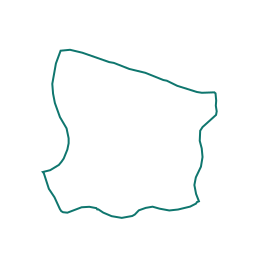 Colotenango, Huehuetenango, Guatemala, rotated 256°
{"feature_id": "79465075B36067757797746", "entity_name": "Colotenango", "entity_type": "district", "adm_level": 2, "iso_a3": "GTM", "parent_name": "Guatemala", "parent_adm1": "Huehuetenango", "projection": "mercator", "projection_center": [-91.718, 15.443], "detail": "fine", "context": "isolated", "style": "outline", "palette": "teal", "viewbox_px": 256, "rotation_deg": 256, "n_neighbors": 0, "source": "geoboundaries", "source_scale": "gbopen_adm2", "svg_char_len": 930}
<svg xmlns="http://www.w3.org/2000/svg" viewBox="0 0 256 256"><g transform="rotate(256 128 128)"><path d="M219.3,81.3L208.1,73.7L189.1,65.2L179.5,63.6L170.0,63.1L155.0,64.6L142.5,68.3L132.4,67.9L127.5,66.7L121.7,63.9L114.0,58.3L111.5,55.5L108.9,52.0L105.9,42.3L105.9,34.7L104.4,35.4L88.1,36.5L78.6,39.9L65.9,42.3L63.5,43.1L62.0,44.6L60.5,48.7L62.3,63.8L60.9,71.4L57.9,77.9L56.4,78.5L56.3,79.5L51.9,83.5L46.4,90.8L42.3,100.2L41.6,110.8L42.4,113.7L45.5,118.6L46.2,125.9L45.7,132.8L42.1,139.1L38.0,148.1L36.8,156.8L36.7,169.3L38.2,175.7L39.4,176.9L39.7,179.1L47.6,178.1L56.6,178.6L63.7,181.9L72.8,189.4L81.8,193.3L90.4,194.6L98.2,194.5L107.9,197.4L110.9,200.6L119.4,216.6L122.7,218.1L128.4,218.6L133.2,220.2L140.4,221.3L141.7,220.4L144.3,208.2L146.3,203.5L157.0,186.0L164.5,177.1L166.0,173.9L177.4,158.1L185.0,143.5L194.6,130.0L196.5,125.7L212.1,101.9L217.9,90.7L219.3,81.3Z" fill="none" stroke="#0f766e" stroke-width="2"/></g></svg>